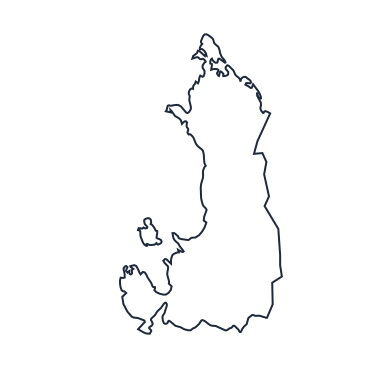 an SVG outline of Diana, rotated 344°
{"feature_id": "MDG-5872", "entity_name": "Diana", "entity_type": "Autonomous Province", "adm_level": 1, "iso_a3": "MDG", "parent_name": "Madagascar", "parent_adm1": "", "projection": "natural_earth1", "projection_center": [48.721, -13.095], "detail": "fine", "context": "isolated", "style": "outline", "palette": "slate", "viewbox_px": 384, "rotation_deg": 344, "n_neighbors": 0, "source": "natural_earth", "source_scale": "10m", "svg_char_len": 6018}
<svg xmlns="http://www.w3.org/2000/svg" viewBox="0 0 384 384"><g transform="rotate(344 192 192)"><path d="M112.3,316.6L108.8,315.3L106.4,313.3L102.4,309.0L110.8,304.0L110.8,302.4L105.5,298.4L101.0,296.4L99.8,295.3L96.9,289.1L95.2,280.7L96.1,273.5L100.9,271.0L99.7,269.0L98.3,268.3L97.3,267.1L97.1,263.9L97.4,261.2L98.3,257.4L99.8,254.7L102.0,255.6L103.7,255.7L104.6,252.5L105.0,246.8L106.0,245.8L107.2,245.0L108.3,245.0L109.2,246.4L108.7,247.2L107.6,248.2L106.9,249.7L107.7,251.6L108.3,251.2L110.0,250.7L109.4,252.3L109.6,253.7L110.5,254.4L111.8,253.8L112.2,252.7L112.3,251.6L112.7,250.5L114.4,249.8L112.4,247.3L112.3,246.3L116.3,246.4L118.0,247.8L118.8,251.1L119.2,254.6L119.8,256.9L122.8,255.3L124.5,256.4L125.3,259.0L125.8,262.2L127.7,268.0L128.1,271.9L128.5,272.6L130.2,273.3L129.9,274.3L128.8,275.9L130.0,278.4L132.9,280.9L136.1,282.7L138.6,283.4L141.7,282.5L144.8,280.1L146.4,277.0L144.5,273.7L145.3,271.7L145.4,264.9L146.0,262.8L148.0,258.7L148.4,256.9L146.0,252.4L145.5,250.1L147.6,249.0L148.9,249.7L152.1,255.1L152.7,252.8L153.6,250.5L154.8,248.5L155.9,247.2L157.3,246.6L159.3,246.2L161.4,246.1L162.7,246.4L162.7,243.7L165.2,246.3L166.5,247.1L167.6,246.8L167.3,245.7L165.4,241.2L164.5,237.6L162.6,234.7L161.9,233.2L161.5,231.5L161.5,229.7L161.9,226.2L163.6,226.6L164.6,227.8L165.4,229.3L166.4,230.6L166.5,232.7L168.5,234.2L174.3,236.8L175.4,237.1L176.5,236.9L177.8,236.2L179.1,235.9L183.0,236.7L187.0,235.4L191.0,232.7L194.6,229.2L197.4,225.2L195.4,222.7L197.0,219.0L201.1,213.3L200.8,211.7L199.2,208.7L198.8,206.7L198.9,202.5L199.1,200.3L201.6,190.2L203.1,186.6L206.1,181.9L207.0,180.0L207.6,177.9L207.9,176.3L208.4,174.8L209.7,172.9L211.2,171.2L212.4,170.6L211.9,167.4L213.7,159.0L213.9,155.6L213.3,154.0L211.1,150.9L210.2,149.4L209.4,147.6L209.0,146.2L208.4,140.4L208.0,139.0L206.4,136.2L205.7,135.7L205.1,135.9L204.6,135.8L204.1,134.5L204.1,133.2L205.3,131.8L205.6,130.9L205.6,129.8L204.9,128.2L204.9,127.3L206.1,124.2L206.4,123.8L205.6,122.3L204.3,122.1L202.7,122.8L201.1,123.8L201.1,120.1L200.1,117.9L196.6,114.2L194.8,108.9L193.9,107.2L193.6,109.7L189.1,107.2L190.4,105.9L192.4,102.4L193.6,102.3L194.9,103.0L196.1,103.4L198.9,103.6L202.6,104.4L205.0,106.7L208.3,114.1L209.5,114.9L211.2,114.3L212.9,112.9L213.9,111.6L214.4,109.6L214.7,102.8L216.2,99.3L216.0,96.8L216.2,95.7L217.2,94.1L218.6,92.8L220.1,92.4L221.5,93.1L222.2,90.8L223.4,89.7L224.7,88.8L226.0,86.9L227.7,89.2L229.1,87.4L230.5,84.3L232.0,82.4L233.9,84.2L235.5,83.5L236.8,81.4L237.4,79.0L237.2,78.0L236.5,76.0L236.6,74.6L237.2,73.2L239.7,71.0L240.8,70.8L241.1,70.1L240.4,68.4L239.4,67.1L238.7,66.9L237.9,67.0L236.6,66.6L236.1,66.1L235.2,64.5L234.4,63.9L233.2,63.7L229.1,63.9L230.6,61.6L235.0,59.9L236.6,57.8L238.3,59.1L241.9,64.9L242.6,63.9L243.5,64.9L243.6,62.4L242.7,59.6L241.1,57.4L238.9,56.9L239.3,55.6L240.0,54.7L241.2,53.4L242.3,52.8L242.7,52.5L242.1,51.3L241.9,50.4L242.3,49.4L245.6,45.3L247.5,44.0L249.5,44.5L250.6,45.4L253.7,49.4L254.4,51.2L254.4,55.0L255.2,56.5L257.3,59.7L257.6,62.9L257.3,66.2L257.7,70.0L259.7,74.8L259.9,76.7L259.3,76.8L255.1,71.4L254.1,71.2L253.3,72.3L252.6,73.8L251.7,74.6L250.2,74.2L249.0,72.8L248.2,71.0L247.9,69.3L246.7,69.9L245.9,70.9L245.3,72.2L245.0,73.6L246.3,74.4L246.0,75.9L244.1,79.8L245.8,79.7L248.1,80.1L250.1,80.9L251.0,82.0L250.6,82.9L249.0,84.4L248.7,85.1L249.3,87.4L249.9,87.9L250.6,86.9L251.8,84.6L252.7,84.0L253.6,84.9L254.7,86.9L254.6,87.5L254.1,88.4L254.0,89.2L255.1,89.5L257.3,89.6L258.4,89.4L259.3,88.7L259.9,86.5L258.3,82.9L258.8,81.2L260.9,79.9L262.1,80.8L265.3,86.5L266.0,91.3L267.1,93.3L268.2,94.7L269.0,96.4L269.1,99.3L269.8,97.6L270.8,96.5L272.0,95.9L273.5,95.7L275.2,96.1L275.9,96.8L276.3,97.8L278.2,99.9L278.9,101.5L278.9,102.9L278.1,103.6L276.6,103.1L275.2,102.5L274.0,102.3L272.9,103.6L275.5,106.1L277.0,108.1L278.2,108.3L280.4,105.3L283.4,113.2L284.1,115.9L284.4,119.3L284.1,121.0L283.0,120.8L282.1,119.3L281.8,117.7L281.8,114.2L281.2,117.7L282.8,125.0L282.2,127.8L281.3,129.2L280.8,130.5L280.8,132.0L281.1,133.5L282.1,135.7L282.9,135.5L283.7,134.6L284.9,134.5L286.6,135.7L288.8,138.0L269.0,161.1L262.1,172.4L270.4,174.0L271.8,183.6L266.2,194.9L264.8,217.5L257.9,225.5L264.8,251.3L259.3,277.1L256.5,286.8L255.1,298.0L244.1,301.3L238.6,322.2L229.4,333.6L228.9,333.5L223.1,329.7L221.7,329.2L219.0,328.6L217.1,327.3L216.3,326.9L215.6,326.9L214.0,327.7L212.7,328.0L211.7,328.6L211.2,329.0L208.4,333.7L208.0,334.2L205.2,335.5L202.4,337.6L200.9,339.5L200.5,339.9L199.8,340.0L199.3,339.7L199.1,339.1L198.8,337.5L198.5,336.8L196.2,332.7L195.4,332.1L194.7,331.9L192.8,333.3L190.2,333.5L187.9,334.4L186.6,334.4L186.0,334.2L185.4,333.8L178.0,327.4L174.6,326.1L173.3,325.4L172.6,324.8L168.5,319.4L167.3,318.4L166.3,317.9L165.2,318.4L162.6,320.7L159.4,322.4L157.7,323.1L155.0,323.5L152.7,324.5L151.6,324.3L150.3,323.9L147.6,322.4L146.3,321.4L143.8,318.9L139.6,316.3L138.9,315.7L136.1,311.4L134.7,309.7L134.1,309.4L133.6,309.6L132.5,311.0L131.9,311.4L131.2,311.5L129.9,311.3L129.2,310.8L128.8,310.2L128.6,308.6L128.6,307.1L129.1,304.1L129.7,303.0L132.3,300.7L133.9,298.1L136.3,294.6L136.8,293.3L136.8,292.5L136.5,291.4L136.0,291.1L135.4,291.1L133.9,291.9L130.2,294.9L125.9,297.1L125.0,297.8L122.4,300.2L118.1,302.4L117.7,302.8L117.4,303.3L117.3,303.9L117.9,306.6L117.8,307.9L117.5,308.5L116.6,309.3L113.7,310.3L113.3,310.8L113.3,311.4L114.5,313.4L114.6,314.1L114.4,314.6L112.3,316.6ZM145.3,226.2L146.1,227.2L147.7,228.3L149.0,229.7L149.1,231.3L148.4,232.3L147.3,232.8L144.9,233.2L144.4,232.9L144.0,232.3L143.8,231.3L143.2,231.5L141.6,232.3L137.6,231.6L136.2,230.9L134.8,229.6L134.0,229.6L134.0,231.3L133.5,231.3L132.6,230.6L131.5,229.0L130.8,226.3L130.3,220.8L130.7,218.3L131.3,216.1L131.2,214.5L129.6,213.8L130.7,212.1L132.3,212.6L134.0,213.5L135.5,212.8L136.3,213.6L137.3,214.2L138.4,214.3L139.3,213.8L139.4,212.8L138.2,210.8L137.8,209.8L137.9,207.2L138.4,205.7L139.6,205.1L141.9,204.9L143.8,205.6L144.7,207.2L144.6,209.3L143.4,211.5L144.4,212.2L145.5,214.8L146.3,217.7L146.4,219.1L147.8,220.0L147.2,222.1L146.0,224.5L145.3,226.2Z" fill="none" stroke="#1e293b" stroke-width="2"/></g></svg>